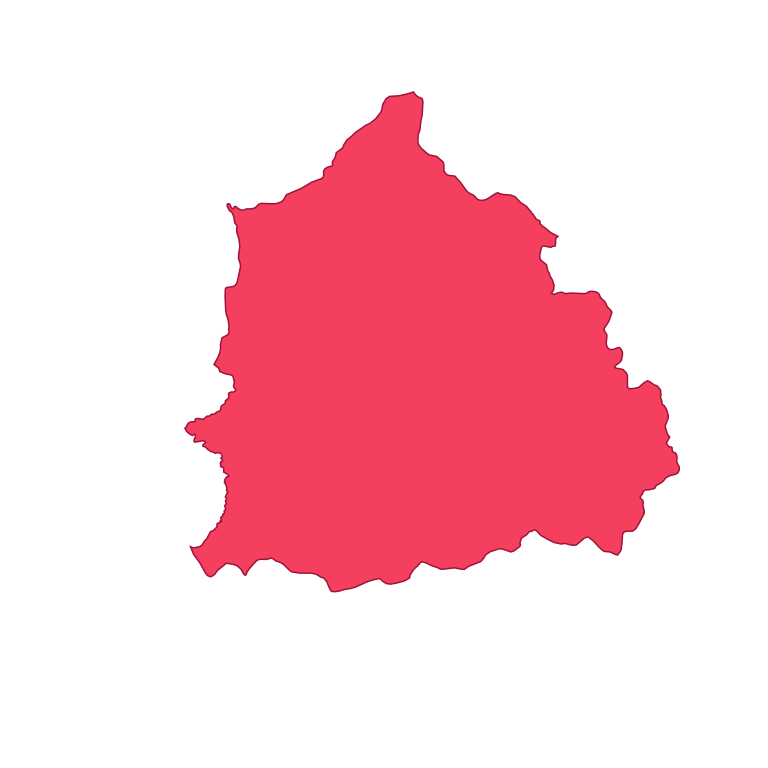 Coromoro, Santander, Colombia, rotated 334°
{"feature_id": "7082276B92015443514121", "entity_name": "Coromoro", "entity_type": "district", "adm_level": 2, "iso_a3": "COL", "parent_name": "Colombia", "parent_adm1": "Santander", "projection": "mercator", "projection_center": [-73.011, 6.24], "detail": "fine", "context": "isolated", "style": "filled", "palette": "rose", "viewbox_px": 768, "rotation_deg": 334, "n_neighbors": 0, "source": "geoboundaries", "source_scale": "gbopen_adm2", "svg_char_len": 6171}
<svg xmlns="http://www.w3.org/2000/svg" viewBox="0 0 768 768"><g transform="rotate(334 384 384)"><path d="M617.6,556.9L616.7,553.3L618.1,545.2L624.4,539.4L625.8,536.7L626.8,530.8L626.4,526.4L625.4,524.9L625.2,523.6L626.3,520.8L626.6,517.2L628.0,515.6L629.8,510.8L629.8,509.6L628.8,505.9L628.0,504.6L626.7,503.6L623.9,498.5L622.3,496.6L618.0,496.9L611.5,498.7L607.6,497.8L604.2,496.6L601.8,495.2L601.6,493.3L606.5,483.1L606.7,480.3L605.1,475.6L599.2,471.2L598.9,469.8L599.9,469.0L605.7,467.8L608.0,466.5L611.6,461.6L612.5,458.5L611.9,454.7L610.2,453.8L607.2,453.7L604.0,453.0L601.9,451.8L600.8,449.1L601.2,445.8L602.0,444.0L605.5,438.5L605.9,436.7L605.4,432.4L606.2,430.7L613.4,426.3L620.1,419.8L620.4,418.3L618.5,412.3L618.7,408.3L618.3,405.6L617.1,403.1L616.5,400.7L616.7,397.5L616.4,396.3L614.8,394.0L611.2,391.6L608.4,390.8L606.7,391.3L603.7,390.6L592.7,384.6L588.9,383.0L587.7,382.9L586.7,382.3L583.9,379.3L580.7,378.4L576.2,378.0L575.6,377.7L574.2,375.6L575.9,375.0L577.7,373.8L580.2,369.7L580.9,364.1L580.6,360.5L581.1,356.5L580.8,354.2L582.3,348.0L579.2,341.3L579.3,339.5L580.0,337.1L585.3,330.3L587.0,329.6L588.8,330.5L593.9,334.3L595.3,334.1L598.3,335.0L600.2,332.3L601.2,330.0L602.6,328.1L605.1,327.6L600.2,321.0L596.9,313.7L595.7,311.7L594.6,308.4L595.5,306.3L595.2,305.0L593.6,303.7L593.1,302.4L592.3,296.6L591.6,295.2L591.7,293.8L589.8,286.5L586.4,280.8L583.9,273.2L580.7,269.7L574.2,265.9L571.6,263.8L570.1,262.0L568.1,261.7L557.2,263.0L553.9,262.4L551.6,261.4L549.8,260.1L548.7,258.4L547.5,254.0L543.8,249.0L542.7,245.8L541.2,236.8L538.9,228.3L532.7,224.2L531.8,222.2L531.3,218.7L534.0,213.0L534.4,210.2L531.1,202.6L525.7,198.4L524.2,196.5L520.8,188.5L520.1,184.5L520.2,182.0L524.2,174.7L527.5,171.6L531.7,164.9L536.5,158.5L542.8,147.2L543.4,144.1L540.9,141.5L539.7,139.4L538.9,137.0L538.6,134.5L531.3,133.3L523.4,131.4L515.0,127.9L511.0,128.5L505.6,132.0L502.1,136.7L500.1,138.4L492.7,142.0L485.7,143.6L481.2,143.5L468.4,145.4L463.9,147.0L457.6,148.4L452.6,151.5L450.4,153.7L442.6,155.1L439.7,158.7L434.8,161.9L433.9,164.2L433.1,165.2L428.0,164.3L425.0,164.8L422.6,166.7L421.8,169.1L420.5,171.0L418.6,172.0L407.7,170.9L395.4,171.9L379.3,171.1L374.4,174.5L371.7,175.2L367.9,174.9L364.8,174.2L352.6,167.7L350.0,167.6L346.0,169.0L344.1,169.0L340.6,168.1L338.0,166.6L333.9,166.0L332.3,165.4L330.0,162.7L328.5,159.4L327.2,159.0L326.0,160.2L324.6,159.8L324.0,158.7L324.3,155.5L323.9,154.3L322.5,153.5L321.5,154.2L321.0,155.7L321.0,158.7L321.2,160.7L322.1,162.0L322.6,164.3L322.2,168.0L320.5,174.1L321.3,177.3L319.0,181.1L318.2,183.2L317.2,189.8L314.7,197.3L310.4,203.4L308.2,207.6L307.6,212.6L306.5,215.6L296.8,228.0L294.6,229.7L292.3,230.3L290.4,230.0L284.4,228.2L283.0,229.1L279.5,235.7L274.0,248.4L272.8,252.4L272.1,257.9L270.0,264.2L268.4,266.6L267.6,269.5L265.9,270.9L264.6,271.3L258.6,271.5L254.1,277.1L253.3,279.4L250.6,283.4L246.7,287.0L239.8,291.9L242.4,297.3L241.9,300.7L246.0,305.4L250.7,309.0L251.4,310.0L251.5,312.1L251.0,313.2L250.6,316.2L247.6,320.3L248.1,323.9L247.9,324.9L245.5,325.3L242.8,324.1L240.2,324.2L239.1,327.0L238.0,328.6L234.1,329.5L233.0,331.5L232.4,331.8L228.1,332.5L225.2,336.1L221.3,335.9L218.5,336.6L217.5,336.5L216.0,335.5L212.9,336.3L210.8,335.3L206.1,336.6L201.9,333.5L199.5,332.7L198.7,333.1L197.6,334.9L197.0,334.9L194.8,333.7L192.1,333.2L190.9,333.5L189.0,334.5L187.4,335.9L185.7,336.5L185.8,340.2L187.5,344.0L189.3,346.3L191.6,346.1L192.3,347.1L191.6,348.3L188.3,351.5L188.1,353.0L188.9,353.5L196.0,355.5L197.7,356.8L198.1,358.3L194.8,359.2L194.2,359.7L194.0,360.8L195.9,362.2L196.7,365.0L198.9,369.0L200.8,370.3L201.9,372.3L204.1,372.7L207.0,374.7L207.0,378.0L206.4,378.7L204.9,379.1L205.5,382.1L205.2,382.4L203.2,382.4L202.3,383.3L201.4,386.0L200.9,386.6L202.8,388.5L202.8,389.8L201.3,393.1L203.0,395.3L204.1,397.6L204.1,398.6L203.5,398.9L201.6,398.6L198.6,400.5L198.7,401.7L197.7,402.0L197.4,402.8L197.8,405.2L197.1,408.7L195.7,410.7L196.3,412.3L191.8,416.0L192.4,418.2L190.3,419.5L189.6,422.5L187.4,423.6L186.9,427.0L186.4,427.6L184.8,427.8L184.0,430.1L181.8,430.5L181.4,431.9L180.1,432.0L178.3,432.9L178.4,435.0L176.9,435.1L176.7,435.4L177.4,436.3L176.5,436.5L173.4,436.2L172.3,436.8L171.9,438.1L170.8,439.4L166.2,440.9L163.7,440.6L163.0,440.9L156.5,445.6L154.3,446.2L150.0,448.8L147.7,449.5L141.0,447.9L138.8,445.4L138.2,453.8L140.0,463.3L140.7,476.0L141.6,479.1L143.4,481.2L145.6,481.3L148.5,480.8L152.5,478.6L163.7,476.0L169.6,480.1L172.4,483.1L174.3,487.7L174.5,492.9L175.2,494.8L176.2,495.1L178.3,493.2L181.4,491.2L191.3,487.2L193.9,486.8L196.4,487.4L200.8,489.8L203.0,490.5L206.2,490.8L207.9,492.9L209.2,495.6L212.7,499.0L214.8,502.6L217.5,510.3L218.7,512.4L225.0,516.8L236.1,522.3L239.9,525.6L242.5,529.7L245.0,532.4L245.9,536.4L245.4,544.8L245.9,547.3L248.7,549.1L253.0,550.5L258.7,551.4L264.6,553.2L269.8,554.1L282.8,554.4L290.9,555.8L294.2,556.8L295.1,557.5L296.6,561.2L298.5,564.3L302.0,566.7L308.3,568.5L315.9,569.9L321.9,569.6L323.6,567.3L327.5,564.8L330.5,563.3L334.5,562.2L338.8,560.3L341.1,561.0L343.8,563.8L347.2,568.1L351.5,572.4L353.6,575.1L356.0,576.4L366.7,580.1L372.5,584.5L374.9,585.8L380.5,585.0L393.3,586.0L396.7,584.5L400.9,582.0L406.1,581.3L415.4,582.6L418.2,584.3L424.3,590.5L427.7,591.0L434.8,589.6L436.3,588.2L436.3,586.7L439.9,582.8L446.1,582.0L449.9,580.4L450.9,580.5L452.2,581.3L454.4,580.8L455.7,581.4L456.8,583.0L458.5,588.8L464.5,597.3L467.5,601.1L473.0,605.4L476.7,606.6L481.4,610.6L484.5,612.4L486.2,613.0L496.6,610.4L500.3,610.6L503.4,616.9L505.7,624.7L507.4,629.1L508.6,631.0L513.7,634.2L517.6,639.0L519.1,640.1L524.1,637.4L528.0,631.6L532.4,623.8L533.9,622.6L536.7,622.3L542.9,625.2L545.6,624.8L547.8,623.9L552.2,621.0L560.8,614.7L562.2,612.5L563.4,606.9L565.1,604.0L565.5,602.6L564.5,598.5L564.8,597.8L568.2,596.0L570.0,594.1L572.3,593.8L575.7,595.2L580.8,596.4L581.8,596.3L584.4,594.4L587.7,594.5L590.7,594.1L592.7,593.6L595.5,592.2L597.1,591.7L601.0,591.8L606.4,592.9L609.0,592.7L610.3,591.9L611.7,590.6L613.0,588.1L612.9,584.1L613.3,581.3L614.9,579.2L615.9,576.4L615.8,574.0L614.2,572.2L613.9,571.2L614.0,570.0L615.0,567.4L614.5,566.4L613.3,565.9L612.5,564.9L611.9,562.6L612.0,561.2L612.5,560.4L617.6,556.9Z" fill="#f43f5e" stroke="#9f1239" stroke-width="1.5"/></g></svg>